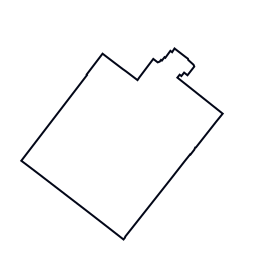 Converse, Wyoming, United States of America (orthographic projection), rotated 218°
{"feature_id": "52423323B34059726756827", "entity_name": "Converse", "entity_type": "district", "adm_level": 2, "iso_a3": "USA", "parent_name": "United States of America", "parent_adm1": "Wyoming", "projection": "orthographic", "projection_center": [-105.578, 42.894], "detail": "fine", "context": "isolated", "style": "outline", "palette": "ink", "viewbox_px": 256, "rotation_deg": 218, "n_neighbors": 0, "source": "geoboundaries", "source_scale": "gbopen_adm2", "svg_char_len": 718}
<svg xmlns="http://www.w3.org/2000/svg" viewBox="0 0 256 256"><g transform="rotate(218 128 128)"><path d="M62.2,197.6L62.5,197.6L120.1,198.1L120.1,201.8L117.9,201.8L117.9,206.2L113.6,206.2L113.6,217.2L115.3,218.2L122.4,218.7L123.4,219.5L126.3,219.4L140.3,219.3L139.9,214.9L142.1,214.9L141.8,206.3L142.8,206.3L142.8,202.0L143.9,202.0L143.9,199.8L145.0,198.0L150.4,198.0L150.6,198.0L150.2,174.7L150.0,171.6L164.5,171.4L168.7,171.2L183.1,171.0L193.8,170.9L193.5,144.7L192.9,144.5L191.9,36.5L172.2,36.8L105.9,37.3L69.5,37.4L62.9,37.4L62.9,39.9L63.3,40.7L63.0,92.9L62.9,115.1L62.9,136.2L62.8,145.5L62.4,145.5L62.4,151.6L63.0,154.0L62.5,154.5L62.4,187.0L62.2,197.6Z" fill="none" stroke="#020617" stroke-width="2"/></g></svg>